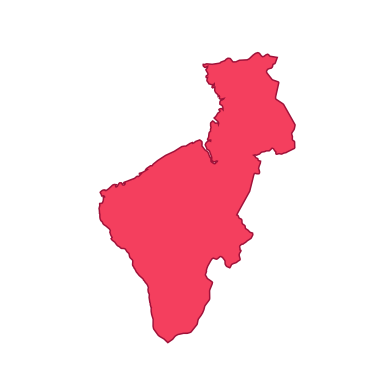 Sofala, Mercator projection, rotated 194°
{"feature_id": "MOZ-1905", "entity_name": "Sofala", "entity_type": "Province", "adm_level": 1, "iso_a3": "MOZ", "parent_name": "Mozambique", "parent_adm1": "", "projection": "mercator", "projection_center": [34.584, -19.076], "detail": "fine", "context": "isolated", "style": "filled", "palette": "rose", "viewbox_px": 384, "rotation_deg": 194, "n_neighbors": 0, "source": "natural_earth", "source_scale": "10m", "svg_char_len": 6120}
<svg xmlns="http://www.w3.org/2000/svg" viewBox="0 0 384 384"><g transform="rotate(194 192 192)"><path d="M277.2,172.9L277.2,172.6L276.6,172.4L276.0,172.5L275.6,172.7L273.7,174.9L270.7,179.5L269.3,180.5L267.2,180.8L267.6,179.4L267.3,178.6L266.7,178.6L265.9,179.3L264.9,182.7L264.2,183.5L262.8,183.8L262.0,183.2L261.4,182.4L260.6,182.0L259.4,182.5L259.1,183.1L258.9,183.7L259.1,184.4L260.2,183.9L260.6,184.0L260.2,185.0L251.0,191.4L249.5,193.6L248.8,194.1L248.0,193.9L247.1,194.8L245.7,197.4L246.2,197.1L247.5,196.9L247.5,197.4L245.7,198.4L244.0,199.7L240.9,202.9L242.2,202.9L241.7,203.9L238.8,207.2L238.4,207.5L237.1,207.8L236.3,209.7L233.0,214.1L226.5,221.1L219.0,227.2L212.9,233.6L210.7,234.6L209.1,235.0L205.6,238.7L203.6,240.1L203.1,239.4L202.3,239.9L200.6,242.0L197.1,244.4L195.1,243.6L194.5,243.1L194.1,242.0L193.5,239.1L189.7,236.0L186.7,234.8L186.0,234.3L183.4,230.5L182.9,229.9L181.9,229.4L180.9,226.2L180.3,225.8L178.1,225.0L177.2,224.8L176.2,225.3L175.5,227.2L174.8,227.6L174.8,228.1L175.8,228.0L177.0,226.9L178.1,226.7L179.2,226.8L180.1,227.3L180.7,228.0L181.1,230.1L181.7,231.2L185.1,236.2L186.1,236.7L187.8,237.1L188.8,238.7L190.3,240.5L190.6,241.1L190.3,242.9L189.3,244.7L187.8,246.0L186.2,245.7L186.3,246.9L186.9,246.9L188.4,246.2L189.5,246.5L189.7,247.1L189.2,249.0L189.3,250.1L189.7,253.2L189.6,254.1L188.7,255.5L189.2,257.1L189.2,259.3L190.0,260.8L190.5,262.8L190.6,263.4L190.4,264.0L189.9,264.6L189.7,265.1L189.2,265.9L188.0,265.6L186.0,264.4L184.0,265.1L183.3,265.0L182.7,264.0L182.7,265.3L183.7,266.5L188.4,269.1L188.4,269.5L187.8,270.0L186.9,271.8L186.0,274.8L184.7,276.3L184.3,277.3L185.8,278.3L185.5,279.1L184.5,279.8L183.7,280.1L182.8,279.9L181.8,279.3L182.4,281.3L183.3,282.8L184.2,283.4L185.5,283.7L186.2,284.0L186.6,285.5L186.7,286.6L186.4,287.5L183.9,289.7L183.6,290.5L185.8,289.3L187.1,289.0L188.1,289.4L188.3,291.1L188.8,291.8L189.7,291.0L190.3,292.5L191.1,293.1L192.2,293.6L193.4,294.5L194.1,295.4L194.6,296.2L194.8,297.3L195.0,298.7L195.3,299.4L197.1,298.0L198.0,298.5L197.9,299.6L196.3,301.0L196.6,302.3L197.0,301.7L197.5,301.3L198.9,300.9L201.9,301.1L202.3,301.7L204.3,303.4L204.6,304.1L204.6,306.9L205.3,306.5L205.8,306.5L206.2,307.0L206.3,307.8L206.1,308.3L205.2,309.2L205.0,309.9L205.4,311.1L207.3,313.0L208.1,313.9L207.3,315.7L207.1,316.6L207.2,317.7L209.0,316.2L209.9,316.0L211.6,317.1L212.0,318.2L212.0,318.6L210.5,318.8L209.1,319.8L208.3,320.0L203.3,320.8L196.8,323.5L196.1,323.9L195.4,325.0L191.9,327.4L190.9,329.1L189.5,330.5L187.5,330.8L186.8,330.5L184.0,328.3L183.4,328.2L180.9,328.9L177.9,331.3L170.4,333.6L168.7,335.1L165.9,339.5L164.0,341.8L162.0,343.1L160.9,343.1L159.9,342.7L157.9,341.0L156.4,340.3L155.1,340.9L153.3,343.1L151.9,344.0L150.8,343.7L150.0,343.0L149.2,342.6L141.8,343.2L142.4,337.5L142.7,336.6L144.2,335.5L144.3,334.6L144.2,333.2L144.3,332.6L145.0,331.4L147.3,330.2L148.3,329.3L148.9,327.6L148.7,326.4L147.9,325.5L141.5,320.5L140.9,320.3L135.7,319.8L134.9,319.7L134.4,319.4L134.2,318.7L133.9,304.6L133.5,302.9L132.8,302.3L125.2,299.6L124.3,299.1L108.3,282.2L108.1,281.3L108.0,277.9L108.2,276.9L109.4,273.5L109.4,272.6L108.9,271.6L108.0,270.2L107.4,267.3L106.7,266.6L105.1,266.0L104.6,265.5L103.0,259.8L103.3,259.0L109.2,254.0L110.2,253.0L112.4,251.9L114.0,250.6L114.7,250.4L116.8,250.3L118.6,249.3L119.3,249.1L119.6,249.2L120.0,249.8L120.4,251.3L121.6,251.9L123.4,253.7L124.9,253.9L126.8,250.8L127.8,250.4L129.8,249.9L131.2,248.8L133.8,247.7L134.5,247.1L135.3,245.8L135.8,245.1L137.4,244.1L138.1,243.4L139.7,243.3L141.0,242.6L139.8,242.1L138.3,240.7L136.5,240.4L136.0,240.0L135.6,239.0L135.0,238.6L132.9,238.5L132.7,236.5L133.1,233.2L133.1,231.0L131.5,228.4L131.1,227.0L131.3,226.1L132.0,225.7L133.2,225.4L134.8,225.4L135.6,225.2L136.0,224.8L136.2,223.6L136.2,206.7L142.6,182.7L143.0,180.6L142.5,180.6L141.7,180.3L141.1,179.7L140.3,178.4L139.6,178.0L138.0,177.7L137.4,177.5L136.8,176.8L136.1,174.5L135.7,173.7L135.1,173.2L133.0,172.4L132.3,171.9L131.4,169.7L130.7,169.3L128.4,168.5L126.2,167.1L125.3,166.9L123.3,166.8L122.6,165.2L123.3,162.0L123.6,161.2L124.6,160.1L126.5,158.1L127.9,156.0L128.7,155.3L129.9,153.8L131.3,153.2L132.6,151.2L132.5,150.2L131.8,148.9L131.4,147.4L130.4,147.2L130.3,146.9L130.3,146.2L131.0,144.2L131.1,142.6L130.7,141.5L129.2,138.8L129.0,138.1L129.1,137.6L130.9,135.7L131.8,134.4L132.9,133.6L134.4,132.7L135.9,131.4L136.2,130.7L136.6,128.5L137.0,127.6L140.0,128.1L140.8,128.5L142.1,129.7L142.7,131.0L143.2,132.9L143.8,133.7L146.6,135.9L148.3,136.4L149.2,136.1L151.1,133.4L151.8,132.8L152.7,132.7L155.4,133.0L156.4,132.0L157.2,129.9L158.8,124.0L159.1,121.3L159.1,119.4L158.7,118.3L159.0,115.4L158.9,114.7L158.6,114.3L157.8,113.6L156.2,111.8L151.0,109.8L150.3,109.3L150.2,107.7L151.1,101.2L151.0,100.2L149.1,93.1L149.0,92.1L149.2,91.3L151.8,85.0L152.0,84.2L152.0,80.6L152.5,77.3L153.4,74.4L155.0,70.5L155.2,69.2L155.0,65.5L155.1,64.6L159.0,56.1L159.4,55.6L160.4,54.9L162.3,53.8L166.1,52.8L171.2,50.3L173.2,48.4L173.9,47.2L175.1,44.5L179.0,40.0L183.8,42.7L188.6,44.1L190.1,44.8L195.9,49.7L196.4,50.4L197.3,52.4L198.9,59.1L201.5,63.4L202.7,66.2L203.4,68.8L203.5,70.1L203.9,70.2L205.2,72.5L205.5,73.8L206.2,74.7L208.1,79.3L208.6,82.2L208.9,82.7L210.2,84.3L211.1,86.7L211.2,88.8L212.4,90.5L213.4,91.6L215.4,93.0L217.0,94.5L217.7,94.8L218.1,95.5L218.9,96.1L223.0,98.2L226.7,101.0L228.9,103.6L229.7,104.1L230.1,104.8L231.2,105.8L231.5,106.3L231.8,106.4L232.2,107.5L232.6,109.9L232.9,111.0L233.5,111.7L235.8,113.0L236.6,113.7L237.1,114.5L237.9,116.3L238.4,117.1L240.7,118.4L242.7,120.3L243.6,120.7L244.4,120.7L246.6,120.2L247.6,120.4L249.1,121.3L251.1,121.8L252.4,122.6L254.7,124.6L257.9,126.0L259.2,127.1L258.5,128.5L260.6,130.8L261.6,132.6L262.0,133.1L261.9,134.8L263.1,136.1L267.1,138.1L269.8,139.1L270.5,139.6L272.0,141.4L273.4,142.1L274.3,143.2L275.0,144.5L275.5,146.0L275.9,147.7L276.2,148.5L276.6,148.8L276.7,149.4L277.5,151.9L278.2,153.5L278.2,156.6L278.8,158.3L278.6,158.7L277.5,158.9L276.3,159.8L276.0,161.9L276.3,164.1L276.8,165.4L275.6,166.0L275.9,166.6L277.0,166.9L278.6,166.3L279.7,168.0L280.9,169.2L281.0,169.6L279.8,171.4L279.1,172.1L278.2,172.6L277.2,172.9Z" fill="#f43f5e" stroke="#9f1239" stroke-width="1.5"/></g></svg>